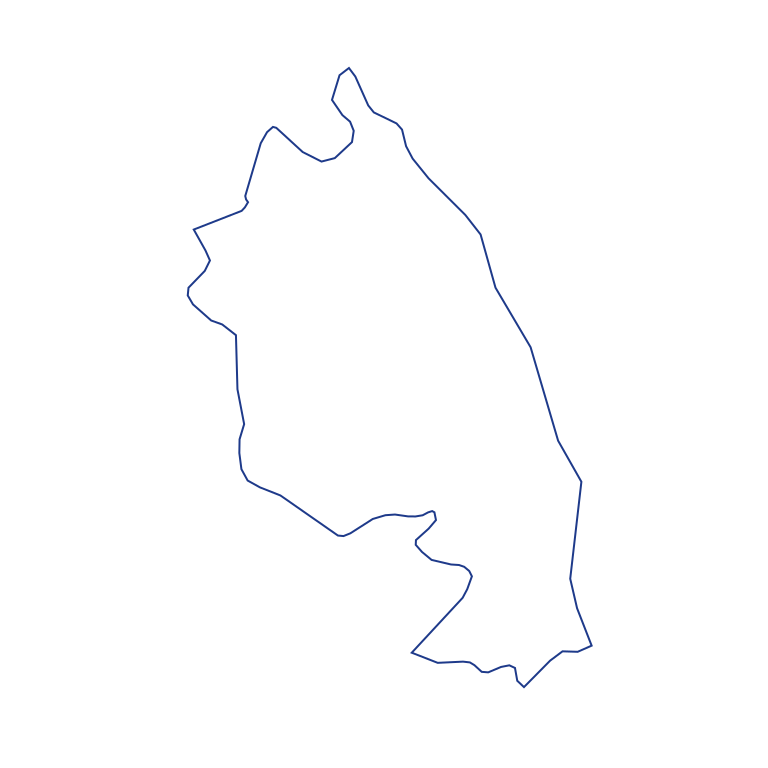 the border of Ciudad de la Habana, rotated 83°
{"feature_id": "CUB-1428", "entity_name": "Ciudad de la Habana", "entity_type": "Province", "adm_level": 1, "iso_a3": "CUB", "parent_name": "Cuba", "parent_adm1": "", "projection": "mercator", "projection_center": [-82.298, 23.071], "detail": "fine", "context": "isolated", "style": "outline", "palette": "blue", "viewbox_px": 768, "rotation_deg": 83, "n_neighbors": 0, "source": "natural_earth", "source_scale": "10m", "svg_char_len": 1300}
<svg xmlns="http://www.w3.org/2000/svg" viewBox="0 0 768 768"><g transform="rotate(83 384 384)"><path d="M66.1,380.3L75.3,375.0L105.6,365.7L113.2,361.0L126.9,339.8L133.7,335.1L150.7,333.1L163.8,328.1L185.3,314.7L226.1,282.7L247.4,269.9L302.0,261.6L365.4,234.0L461.5,218.1L505.1,200.0L600.0,222.9L630.1,219.7L669.0,209.8L673.4,224.4L671.1,239.4L678.8,252.8L701.9,282.0L694.8,287.9L681.8,288.6L678.5,293.9L679.1,302.3L682.9,315.7L681.6,322.1L674.1,328.5L670.8,332.7L669.2,339.4L667.3,364.7L654.1,389.2L605.8,332.0L597.8,326.4L585.6,320.2L580.0,322.2L575.2,326.7L572.8,331.6L571.3,339.5L564.4,358.2L555.4,366.7L547.5,372.1L542.8,371.3L533.0,357.3L525.4,349.0L517.5,349.6L516.0,351.7L516.8,355.9L519.0,361.6L519.3,368.9L518.3,376.4L514.9,389.0L514.4,398.6L516.6,411.6L528.1,435.6L530.0,442.7L528.8,448.2L482.0,500.4L471.5,519.7L463.2,531.1L451.2,535.9L434.9,536.0L421.3,534.1L406.8,527.7L371.4,530.1L317.5,525.0L305.2,537.3L299.9,547.8L281.7,563.9L272.2,568.0L264.6,566.3L249.9,548.1L240.2,541.7L229.8,544.9L207.5,554.0L194.8,504.2L191.8,500.6L187.0,496.8L184.0,498.4L180.5,498.8L130.0,477.0L119.8,469.4L115.3,462.9L116.6,459.7L143.9,436.4L155.6,418.9L153.8,405.3L140.0,386.3L129.0,383.2L119.5,385.7L112.1,392.5L95.7,401.0L72.1,390.5L66.1,380.3Z" fill="none" stroke="#1e3a8a" stroke-width="2"/></g></svg>